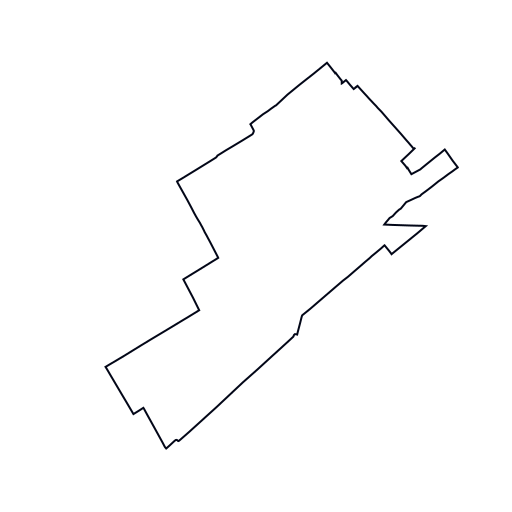 outline of Amarastii De Sus, Dolj, Romania, rotated 131°
{"feature_id": "2599482B27183359976971", "entity_name": "Amarastii De Sus", "entity_type": "district", "adm_level": 2, "iso_a3": "ROU", "parent_name": "Romania", "parent_adm1": "Dolj", "projection": "natural_earth1", "projection_center": [24.187, 43.985], "detail": "fine", "context": "isolated", "style": "outline", "palette": "ink", "viewbox_px": 512, "rotation_deg": 131, "n_neighbors": 0, "source": "geoboundaries", "source_scale": "gbopen_adm2", "svg_char_len": 2838}
<svg xmlns="http://www.w3.org/2000/svg" viewBox="0 0 512 512"><g transform="rotate(131 256 256)"><path d="M438.7,295.9L438.8,295.4L441.3,288.0L445.7,274.8L448.8,265.5L451.5,257.3L455.7,244.8L450.6,243.2L444.5,241.4L444.8,240.3L447.3,233.6L452.4,219.6L458.1,204.1L459.9,199.5L460.2,197.5L459.6,197.4L455.8,196.9L449.2,196.2L448.1,196.0L447.6,195.9L447.3,195.6L446.9,195.3L446.7,194.8L446.7,193.8L446.7,193.3L446.5,193.1L446.0,192.9L444.1,192.6L441.1,192.2L432.4,191.0L428.9,190.6L421.5,189.7L411.3,188.5L396.3,186.7L359.9,183.0L340.1,180.4L320.9,178.2L312.6,177.2L296.1,175.3L293.1,175.0L292.5,174.9L292.0,175.0L291.4,175.3L290.7,175.5L289.5,175.4L288.8,174.5L288.3,173.4L287.7,173.7L286.0,174.6L277.7,178.7L272.2,181.5L270.6,182.2L269.7,182.1L260.7,180.5L249.7,178.9L227.6,175.7L217.5,174.2L211.6,173.0L189.1,169.8L182.6,168.8L180.2,168.6L174.5,167.6L167.6,166.5L167.4,166.5L164.0,166.1L163.6,166.0L164.2,162.4L164.8,158.9L165.5,155.5L165.7,154.9L132.6,149.1L122.1,147.5L123.9,150.1L125.6,152.1L132.2,160.1L143.1,173.5L148.1,179.8L145.4,180.0L142.5,180.0L139.7,180.1L136.2,179.0L131.3,178.9L127.1,178.4L125.3,177.8L116.8,178.0L112.2,175.9L107.7,173.9L105.3,172.7L103.9,171.9L103.1,171.6L100.9,171.5L94.7,170.1L87.9,168.7L80.0,167.3L74.4,165.9L67.9,164.5L63.2,163.3L59.9,162.6L56.8,161.8L56.7,162.0L55.1,169.9L53.0,178.2L52.3,181.2L51.8,183.4L53.7,183.7L58.1,184.4L64.1,185.6L74.9,187.5L81.3,188.6L82.9,188.8L83.9,189.2L92.3,192.4L90.8,197.3L90.0,199.5L90.6,199.6L89.9,202.4L89.0,208.6L82.9,208.0L79.1,207.6L70.7,206.9L70.7,207.1L70.9,207.2L71.1,207.3L71.4,207.7L71.5,208.2L71.3,209.3L71.1,210.5L71.0,211.1L70.9,212.1L70.4,215.2L70.1,217.6L69.8,219.8L68.8,226.4L66.4,245.1L64.8,256.0L64.4,261.1L64.0,263.7L63.7,267.3L63.0,274.2L62.6,277.2L62.2,281.0L61.6,286.1L61.0,291.0L61.9,291.2L62.9,291.4L62.9,291.2L65.9,291.8L65.1,297.7L64.4,301.8L64.2,303.5L65.3,303.7L66.0,303.8L66.4,303.9L67.5,304.1L68.9,304.3L69.5,304.5L67.4,306.4L67.1,308.4L66.2,313.0L65.5,316.1L66.1,316.2L66.0,316.5L64.6,323.6L63.6,329.2L80.5,332.1L89.8,333.9L98.3,335.5L113.5,338.1L129.2,339.7L130.1,340.1L135.0,341.3L138.9,342.1L144.4,343.7L157.4,346.3L160.2,346.7L160.3,346.3L162.6,340.4L163.0,339.7L163.7,339.3L165.2,338.8L166.1,338.6L166.9,338.7L178.1,342.2L188.9,345.7L195.8,348.0L201.1,349.6L205.6,351.0L206.1,350.8L207.1,350.8L207.9,350.8L213.8,352.6L230.8,357.9L246.3,362.8L251.5,364.5L252.0,363.5L257.4,348.5L258.8,344.6L261.9,336.5L264.1,331.0L265.5,327.2L266.6,323.9L267.8,320.0L268.7,317.7L269.5,315.4L270.1,314.0L270.9,312.0L271.6,310.5L273.1,306.3L274.0,304.0L275.7,299.5L278.4,292.7L281.9,283.9L282.2,283.3L307.0,291.0L311.7,292.5L321.3,295.5L327.6,279.3L328.8,276.2L334.2,263.3L347.6,267.5L351.8,268.9L372.3,275.5L387.9,280.6L397.9,283.8L418.4,290.2L434.4,295.5L438.4,296.8L438.6,296.0L438.7,295.9Z" fill="none" stroke="#020617" stroke-width="2"/></g></svg>